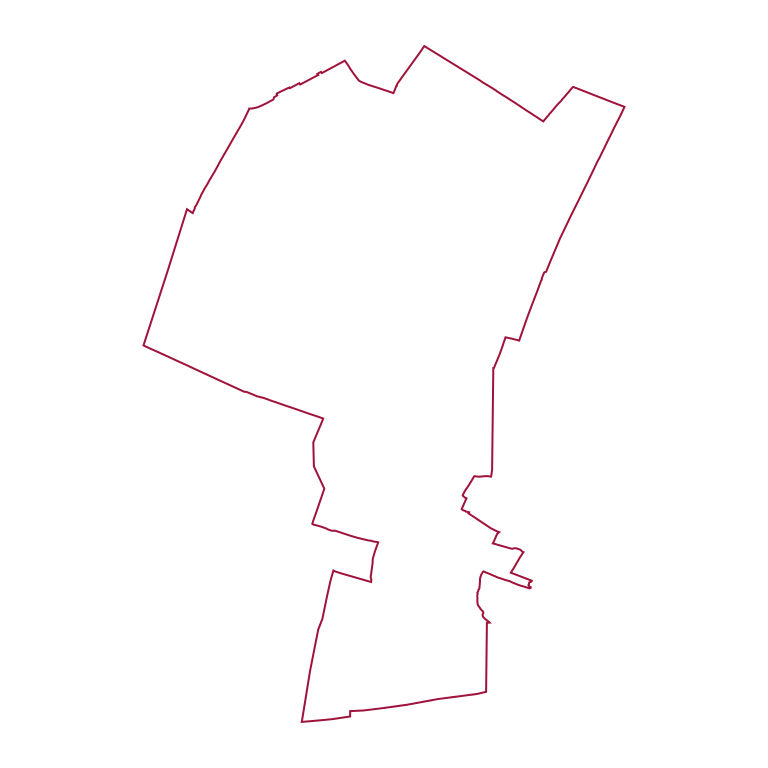 outline of Poiana Mare, Dolj, Romania
{"feature_id": "2599482B19436472970368", "entity_name": "Poiana Mare", "entity_type": "district", "adm_level": 2, "iso_a3": "ROU", "parent_name": "Romania", "parent_adm1": "Dolj", "projection": "equal_earth", "projection_center": [23.107, 43.895], "detail": "fine", "context": "isolated", "style": "outline", "palette": "rose", "viewbox_px": 768, "rotation_deg": 0, "n_neighbors": 0, "source": "geoboundaries", "source_scale": "gbopen_adm2", "svg_char_len": 5945}
<svg xmlns="http://www.w3.org/2000/svg" viewBox="0 0 768 768"><path d="M301.8,721.9L312.7,721.0L331.9,719.2L350.1,716.5L350.2,711.1L363.3,710.5L383.6,708.0L407.9,704.6L438.1,699.0L476.6,694.0L476.9,694.0L486.1,691.8L486.9,622.8L489.6,622.6L488.4,621.5L486.8,620.3L485.1,618.9L483.9,617.7L482.9,616.6L482.7,615.7L482.7,615.1L482.6,614.7L482.7,614.1L482.8,613.9L483.1,613.6L483.2,613.4L483.3,613.2L483.3,612.9L483.3,612.4L483.3,612.2L483.2,612.0L483.1,611.7L482.6,611.1L482.0,610.5L481.4,610.0L480.9,609.4L480.6,609.0L480.3,608.6L479.9,607.9L479.4,607.1L478.8,606.4L478.4,605.9L478.0,605.2L477.6,604.1L477.4,601.6L477.3,599.7L477.4,599.0L477.4,598.4L477.4,597.8L477.4,597.3L477.3,596.7L477.3,595.6L477.4,594.9L477.6,594.3L477.7,594.0L477.6,593.6L477.4,593.3L477.3,593.0L477.3,592.8L477.4,592.6L477.5,592.4L477.7,592.1L477.9,591.9L478.0,591.6L478.1,591.3L478.2,590.8L478.3,590.3L478.4,590.2L478.5,589.8L479.0,589.3L479.3,588.5L479.5,587.8L479.5,586.7L479.8,583.8L479.9,582.7L480.0,581.9L480.0,581.2L480.0,580.3L480.0,579.9L480.0,579.2L480.1,578.7L480.2,577.7L480.6,576.7L481.2,574.8L482.9,571.9L483.4,571.4L490.0,574.1L491.8,574.9L493.3,575.6L494.3,575.9L495.3,576.4L497.0,577.2L497.8,577.5L499.1,577.9L500.4,578.3L506.3,580.3L508.6,580.9L509.6,581.1L511.9,582.3L517.3,584.5L521.6,586.0L523.4,586.4L527.0,587.6L529.6,588.4L530.7,587.8L530.6,587.1L529.6,586.9L529.3,586.2L528.8,585.9L528.6,585.7L528.7,585.3L528.6,585.1L528.5,584.9L528.6,584.7L528.8,584.6L528.8,584.3L529.1,583.5L529.2,582.9L529.2,582.5L529.4,582.2L529.8,582.1L530.7,582.0L531.1,581.6L531.4,581.2L531.5,581.0L532.0,581.1L532.4,581.0L532.6,581.0L510.8,572.7L514.3,567.2L519.9,557.5L523.4,552.2L523.0,552.1L521.9,551.4L521.4,550.6L520.0,549.6L519.8,549.5L518.4,549.0L518.0,548.9L517.5,548.7L516.9,548.5L516.3,548.3L515.6,548.3L515.2,548.2L514.1,548.3L513.4,548.5L512.5,548.8L512.0,548.7L511.4,548.7L502.7,546.2L496.0,544.3L494.7,543.9L492.8,543.4L492.9,543.2L493.5,542.2L494.1,540.8L494.6,539.7L496.1,536.3L496.6,535.1L497.2,533.8L498.0,533.1L499.2,532.2L497.2,531.4L494.1,529.9L492.5,529.1L491.4,528.6L468.5,513.4L469.1,512.3L466.0,511.6L465.3,511.0L464.3,510.6L463.2,510.3L461.7,509.2L462.9,506.3L466.5,498.3L464.9,497.6L464.7,497.4L464.1,496.9L462.7,495.5L462.8,495.0L464.6,491.5L466.1,489.2L469.3,484.5L473.9,476.8L474.1,476.6L474.3,476.2L476.5,476.4L478.0,476.7L480.0,476.6L481.8,476.5L485.5,476.1L486.7,476.1L488.3,476.2L490.9,476.7L491.0,476.7L491.2,476.0L492.1,469.8L493.3,368.2L493.8,368.3L499.3,355.1L502.2,347.2L503.7,342.6L504.7,339.8L505.5,337.3L511.5,338.6L516.3,339.8L519.2,340.6L519.6,339.3L526.1,320.7L527.0,318.1L532.4,303.7L536.7,292.6L541.1,280.7L541.3,280.5L541.3,280.4L541.4,280.2L541.5,280.1L541.7,279.7L541.9,279.2L541.9,278.9L541.7,278.6L541.9,278.0L543.6,273.8L543.7,273.5L543.9,273.1L544.3,272.4L544.8,272.1L545.6,271.9L545.9,271.9L546.2,271.6L550.2,261.7L559.9,238.7L565.8,226.4L570.9,215.7L579.2,199.1L584.6,188.1L587.2,182.9L593.2,170.5L596.9,162.6L599.9,157.0L604.2,148.2L606.8,142.8L611.4,133.5L614.2,127.7L618.7,118.9L620.8,114.8L623.5,109.0L624.5,106.9L623.1,106.3L616.2,103.7L607.9,100.5L602.1,98.2L599.7,97.3L594.1,95.1L590.8,93.8L582.1,90.4L580.9,89.9L573.1,86.9L572.9,87.0L572.6,87.3L571.4,88.7L570.1,90.2L568.1,92.7L566.8,94.1L565.0,96.3L563.0,98.5L560.9,101.1L559.6,102.4L557.4,104.6L555.0,107.5L553.1,109.8L552.3,110.7L550.7,112.6L549.5,113.9L549.0,114.6L546.8,117.2L545.6,118.6L544.1,120.4L543.4,121.4L541.4,120.2L538.5,118.3L536.7,117.0L534.0,115.4L532.6,114.4L525.6,109.9L522.3,107.7L520.0,106.1L517.3,104.4L515.0,102.8L512.6,101.3L509.8,99.5L506.5,97.3L506.0,97.1L505.2,96.5L503.1,95.3L500.3,93.5L497.2,91.5L496.1,90.6L492.1,88.0L489.2,86.3L487.5,85.2L485.7,84.2L483.4,82.8L482.7,82.4L479.3,80.0L446.0,59.5L427.2,47.9L425.7,47.0L424.3,46.1L423.7,46.9L419.4,53.2L400.5,79.3L399.5,80.8L398.5,82.1L397.7,83.2L397.1,84.4L396.7,85.9L396.4,85.8L393.5,93.1L377.4,87.7L368.8,85.0L360.9,81.8L358.8,80.5L353.8,73.9L349.5,67.7L349.3,67.1L346.5,62.9L345.7,61.9L345.0,61.0L344.8,60.7L321.8,73.1L320.9,71.9L317.3,73.9L318.2,75.1L317.2,75.5L300.2,84.5L299.4,83.2L289.8,88.2L289.4,87.5L287.8,88.2L280.0,91.9L276.7,93.6L276.6,94.2L277.2,95.4L275.2,96.6L274.2,97.1L274.0,97.5L273.6,98.9L273.2,99.6L271.1,100.7L266.6,103.2L261.3,105.7L257.8,107.2L255.2,107.9L251.9,108.5L249.2,108.6L249.2,108.9L248.9,109.6L244.1,119.5L242.0,123.5L232.6,139.7L228.1,147.6L220.8,160.2L215.1,170.8L209.6,180.0L206.7,185.3L204.9,188.0L204.5,188.7L203.2,191.3L201.2,194.8L200.5,196.6L198.4,200.9L196.3,205.2L194.9,207.1L194.8,207.4L194.8,208.1L194.6,208.8L194.4,209.3L194.2,209.7L193.1,212.1L192.7,213.1L187.0,209.2L167.7,270.8L143.5,345.4L149.8,348.4L168.0,356.6L177.2,360.9L181.5,362.8L200.2,371.5L209.1,375.6L219.5,380.4L243.9,391.6L244.5,391.8L245.5,391.8L246.5,391.9L249.9,393.3L255.7,395.7L256.7,396.2L258.0,396.6L259.2,396.7L260.6,397.2L261.8,397.6L262.4,397.5L268.6,399.7L270.4,400.4L271.5,400.8L273.5,401.5L275.3,402.0L276.6,402.5L277.7,402.9L284.3,405.2L289.0,406.8L290.3,407.2L291.9,407.8L294.4,408.6L302.8,411.5L310.7,414.3L315.1,415.7L323.2,418.5L321.6,422.6L314.7,439.0L313.3,442.4L313.9,466.4L324.2,488.4L324.3,488.7L324.2,489.1L324.0,489.6L317.1,509.8L315.6,514.1L313.2,520.8L312.3,523.8L312.4,524.0L312.5,524.2L313.0,524.4L313.5,524.6L318.1,525.8L321.2,526.7L326.6,528.6L326.8,528.9L327.2,529.1L327.7,529.3L330.6,530.4L331.9,530.7L332.4,530.8L332.9,530.8L333.6,530.7L334.7,530.7L335.6,530.9L336.4,531.1L350.3,535.7L357.0,537.7L368.2,540.4L369.9,540.6L370.7,540.6L371.5,540.9L372.4,541.2L373.6,541.5L377.0,542.0L378.2,542.4L376.6,546.7L375.0,551.2L372.9,558.3L372.7,559.4L372.6,560.4L372.7,562.2L371.2,573.3L370.7,576.9L370.8,577.1L370.8,577.4L370.8,577.8L370.8,578.1L370.8,578.3L371.0,578.5L371.1,578.8L371.2,579.1L371.3,579.4L371.4,579.9L371.3,580.4L371.1,580.9L371.1,582.0L345.1,574.5L341.5,573.5L335.4,571.5L333.4,570.5L330.4,581.1L327.1,595.9L322.4,618.8L318.2,629.7L310.1,670.7L305.3,700.4L301.8,721.9Z" fill="none" stroke="#9f1239" stroke-width="2"/></svg>